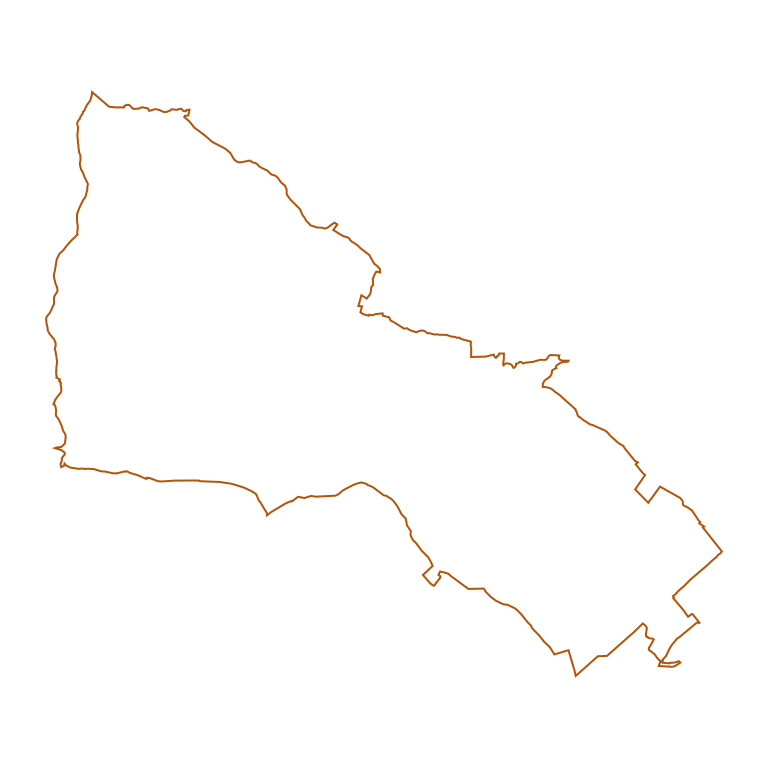 Basesti, Maramures, Romania
{"feature_id": "2599482B19059750239564", "entity_name": "Basesti", "entity_type": "district", "adm_level": 2, "iso_a3": "ROU", "parent_name": "Romania", "parent_adm1": "Maramures", "projection": "orthographic", "projection_center": [23.105, 47.497], "detail": "fine", "context": "isolated", "style": "outline", "palette": "amber", "viewbox_px": 768, "rotation_deg": 0, "n_neighbors": 0, "source": "geoboundaries", "source_scale": "gbopen_adm2", "svg_char_len": 6004}
<svg xmlns="http://www.w3.org/2000/svg" viewBox="0 0 768 768"><path d="M607.0,655.9L633.9,632.1L642.8,623.5L645.4,625.5L646.9,628.0L645.9,634.1L646.0,636.0L647.4,636.8L647.2,637.2L649.4,638.3L652.5,638.6L653.8,639.4L650.6,645.3L648.9,647.9L648.7,649.7L654.5,654.1L657.4,658.3L660.8,661.5L660.3,662.0L658.7,666.0L672.4,666.8L675.1,666.0L680.3,662.6L678.7,661.2L674.7,662.5L669.7,662.9L669.3,663.4L662.4,662.7L662.2,662.4L662.8,660.8L662.0,660.5L666.2,655.7L669.1,649.5L671.5,645.4L677.0,638.6L679.2,637.3L696.3,623.1L697.3,622.5L699.4,623.0L699.5,622.7L692.5,614.1L691.5,614.2L688.1,616.8L683.3,610.0L673.3,598.2L673.9,597.7L673.0,596.1L675.3,594.5L678.1,591.2L684.1,586.0L690.5,579.5L706.1,566.2L714.7,558.3L716.2,557.4L718.3,554.7L720.0,553.7L721.9,551.5L702.8,527.4L704.1,526.5L699.2,523.4L700.2,522.0L698.6,520.4L692.1,510.6L688.0,507.6L683.4,505.3L682.8,503.8L682.8,501.6L681.5,499.4L679.9,497.8L660.0,486.6L651.5,498.4L650.2,499.8L648.3,502.8L635.1,489.4L645.1,475.0L642.8,473.1L635.7,464.3L637.8,462.4L635.5,461.3L634.4,460.2L625.2,449.0L623.2,445.8L618.6,443.2L610.6,436.1L607.1,432.1L605.1,430.6L592.5,425.0L590.1,424.4L582.8,419.7L579.4,416.8L578.5,416.6L577.7,415.4L576.7,412.2L575.5,410.0L575.6,409.4L559.1,394.6L555.6,392.3L552.6,389.7L550.1,388.2L546.8,387.3L542.7,386.9L542.9,383.5L544.7,380.5L550.0,376.6L551.6,374.0L552.0,370.6L553.2,369.6L556.2,368.1L555.9,367.9L555.8,366.9L556.6,365.4L560.6,362.8L562.7,362.1L567.7,361.7L568.5,361.3L568.6,360.7L563.0,360.7L560.1,359.9L559.0,358.5L558.8,357.1L559.3,355.5L550.6,355.0L548.9,355.9L546.7,359.3L545.2,359.9L539.9,359.9L532.7,361.9L525.4,362.7L523.4,363.4L522.7,363.3L521.5,362.1L519.8,361.8L518.0,363.3L516.0,363.8L516.1,365.1L514.9,367.3L513.5,367.9L511.7,365.0L510.3,364.0L506.5,363.3L504.6,364.0L503.6,365.3L503.2,364.5L503.2,363.4L503.8,359.2L503.9,353.5L499.3,353.5L498.5,355.5L497.3,355.9L496.4,357.6L495.7,357.8L494.3,356.3L493.7,354.6L485.7,356.6L471.1,357.0L471.2,347.7L470.7,345.5L470.9,341.6L463.3,339.6L460.7,338.7L459.4,337.6L457.0,337.8L455.1,336.9L451.5,336.6L446.6,334.9L438.4,334.7L436.8,334.2L434.8,334.6L429.2,333.1L427.6,333.3L425.0,331.3L422.8,330.5L420.2,330.7L416.1,332.2L409.7,330.1L407.2,328.3L404.0,328.6L393.1,321.7L390.7,320.7L389.2,317.4L382.8,315.6L382.6,313.4L375.4,314.1L373.0,315.2L369.1,314.7L368.8,315.7L363.1,314.2L360.4,312.2L362.0,306.3L358.4,306.0L361.4,295.2L366.7,298.6L369.9,294.4L370.8,291.9L371.2,287.3L373.1,284.8L372.8,279.1L374.2,275.2L376.3,271.6L380.1,272.4L379.9,269.3L378.1,266.8L374.1,263.6L369.4,255.1L361.0,248.7L357.6,245.3L351.1,241.1L348.6,237.8L342.5,235.8L333.3,230.0L337.3,224.4L336.0,223.6L334.2,222.7L327.6,227.6L324.9,228.6L321.9,227.7L317.1,227.5L310.0,225.1L309.4,223.9L306.0,220.5L304.6,217.7L302.6,215.2L299.9,209.1L290.4,199.6L286.7,194.4L286.6,189.5L285.1,185.9L281.0,182.4L277.7,177.7L275.7,175.9L271.3,174.4L267.4,170.7L260.2,167.1L256.8,163.9L255.3,163.0L252.4,162.4L250.6,160.9L249.8,160.6L240.2,162.4L238.2,162.2L236.2,161.2L234.0,159.3L230.2,152.8L225.1,148.6L212.2,141.9L205.4,135.9L194.2,127.5L189.5,121.5L184.2,117.0L184.8,115.8L188.3,115.5L189.5,109.7L186.4,110.1L185.8,111.3L183.4,111.0L181.3,108.7L178.4,109.2L177.4,109.8L171.3,109.3L170.5,110.4L166.3,112.0L163.1,111.8L159.1,109.8L155.2,109.1L149.2,110.9L147.9,108.4L141.9,107.2L139.0,108.6L133.2,108.9L129.2,104.9L126.6,104.9L124.3,106.0L124.2,107.4L115.4,107.4L109.1,106.7L92.1,92.1L91.7,95.6L90.2,100.7L87.0,104.8L84.4,110.4L82.8,112.1L82.8,113.4L80.4,116.8L79.9,118.7L79.1,119.5L77.5,121.9L77.1,124.0L78.2,127.4L77.3,135.7L77.8,139.5L78.0,143.3L78.4,145.1L78.5,148.8L79.0,150.3L79.0,152.0L80.4,155.5L80.5,159.9L79.9,162.9L79.9,165.1L81.2,169.7L82.8,172.4L84.5,176.9L87.8,183.7L87.7,185.6L87.2,187.7L87.4,189.2L85.4,197.0L83.4,199.7L79.3,207.9L77.0,214.4L77.0,220.9L77.8,226.7L77.2,233.2L77.6,234.5L72.0,239.8L67.3,245.0L63.3,250.2L59.4,253.8L56.7,259.3L54.9,270.6L53.8,274.9L54.2,278.3L55.5,283.5L57.2,287.8L57.5,290.8L57.1,292.0L54.8,295.5L54.1,297.1L53.9,299.5L54.1,303.7L50.0,312.6L46.6,316.9L46.1,319.1L46.6,323.9L47.5,327.5L47.8,330.6L49.5,333.8L54.1,339.3L55.5,342.8L55.7,345.7L54.7,348.9L55.3,350.4L56.2,355.3L57.1,361.6L56.3,368.1L56.3,369.9L56.5,370.4L56.1,371.0L56.3,375.0L56.8,376.3L56.3,377.6L59.8,379.3L59.9,380.9L59.2,381.1L61.0,383.2L60.5,383.8L61.2,387.5L61.3,391.2L60.3,393.3L57.9,396.0L55.0,400.2L54.5,402.0L53.9,402.8L54.2,403.5L53.5,404.3L54.6,404.9L55.5,406.7L56.1,410.7L55.8,414.2L56.1,415.8L58.9,419.8L61.7,426.0L63.2,431.0L65.3,434.3L65.7,436.2L65.1,442.7L64.4,444.1L61.0,447.1L56.9,447.4L54.9,448.1L61.4,450.1L64.6,452.6L64.9,454.0L61.8,458.2L61.9,460.8L60.5,463.8L61.2,467.1L63.9,465.9L64.5,463.6L66.3,465.5L70.0,467.5L79.2,468.9L82.1,468.5L84.5,469.0L87.9,468.7L94.3,469.2L101.1,471.3L105.3,471.6L113.4,473.4L117.0,473.3L125.3,471.3L125.8,471.7L127.3,471.3L129.6,472.8L138.0,475.3L145.6,478.7L146.6,478.9L147.0,477.7L150.2,478.2L157.7,481.1L161.3,481.5L174.8,480.6L198.8,480.5L199.4,481.0L201.6,481.3L219.0,481.9L231.4,483.7L243.7,487.5L251.5,491.1L255.7,493.8L257.0,495.9L258.5,500.0L260.4,502.4L266.9,513.1L266.9,515.3L271.4,511.9L285.7,503.4L290.8,501.2L292.2,500.8L292.3,501.2L298.0,496.8L304.5,498.0L311.1,495.9L315.6,496.7L335.2,495.7L338.0,494.5L343.2,490.2L353.5,484.8L357.8,483.3L361.4,482.5L366.4,483.8L367.6,485.1L369.5,485.6L373.3,487.4L383.5,495.2L386.4,495.9L391.4,499.0L393.3,500.8L397.2,505.9L401.4,514.0L405.6,518.5L406.5,522.1L406.7,524.9L410.9,531.3L410.5,533.9L410.7,535.5L412.8,539.9L415.9,542.9L422.0,551.1L428.1,557.1L431.2,562.5L432.6,566.0L422.9,575.0L430.5,583.6L433.6,585.7L434.4,585.6L436.0,582.9L439.4,578.8L440.1,577.3L440.3,577.4L440.5,576.6L440.1,576.0L438.4,574.8L440.1,571.5L444.1,572.4L448.5,573.8L450.4,575.7L468.4,588.9L483.8,588.6L485.8,591.8L490.8,596.9L495.4,600.4L502.8,604.1L507.9,604.9L515.0,608.4L517.8,610.7L521.3,614.3L527.4,622.0L531.3,625.9L531.4,627.0L533.5,629.7L539.3,635.6L544.0,641.6L549.8,647.1L554.4,654.4L568.5,650.2L574.6,671.0L575.7,675.9L597.9,656.2L607.0,655.9Z" fill="none" stroke="#b45309" stroke-width="2"/></svg>